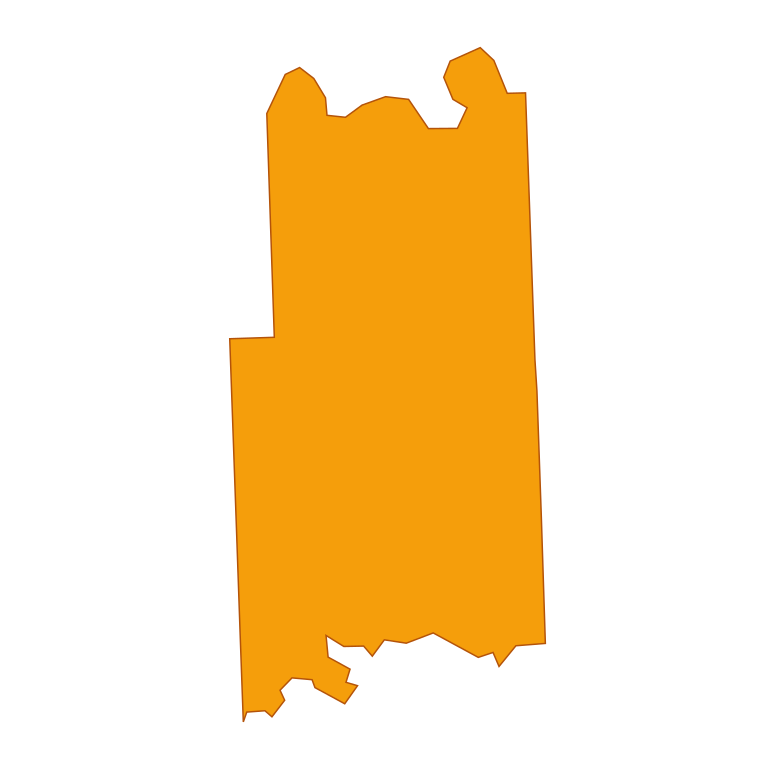 Seminole, Oklahoma, United States of America, rotated 178°
{"feature_id": "52423323B44953596645319", "entity_name": "Seminole", "entity_type": "district", "adm_level": 2, "iso_a3": "USA", "parent_name": "United States of America", "parent_adm1": "Oklahoma", "projection": "robinson", "projection_center": [-96.601, 35.162], "detail": "fine", "context": "isolated", "style": "filled", "palette": "amber", "viewbox_px": 768, "rotation_deg": 178, "n_neighbors": 0, "source": "geoboundaries", "source_scale": "gbopen_adm2", "svg_char_len": 806}
<svg xmlns="http://www.w3.org/2000/svg" viewBox="0 0 768 768"><g transform="rotate(178 384 384)"><path d="M370.8,124.2L343.5,133.5L299.3,107.5L284.4,111.9L278.9,97.7L261.3,117.8L231.8,119.1L231.4,244.8L231.4,371.6L232.3,403.1L232.4,670.0L250.7,670.2L262.9,703.5L276.1,716.8L306.6,704.4L313.6,688.4L305.2,666.1L291.3,657.2L301.7,636.9L330.7,637.7L349.5,667.6L372.4,671.1L396.2,663.5L413.2,651.9L431.6,654.5L432.5,672.1L443.5,691.8L457.3,703.2L471.9,696.8L491.7,658.4L492.0,434.5L536.6,434.6L536.5,244.7L536.5,138.9L536.4,51.2L532.6,60.9L514.4,61.6L507.6,55.3L494.3,71.4L498.6,81.6L486.2,93.5L466.2,91.0L463.6,83.0L434.4,65.8L421.0,83.4L432.4,87.2L427.9,100.2L449.4,113.0L450.7,134.7L433.3,123.1L413.5,122.8L405.2,112.4L392.6,128.3L370.8,124.2Z" fill="#f59e0b" stroke="#b45309" stroke-width="1.5"/></g></svg>